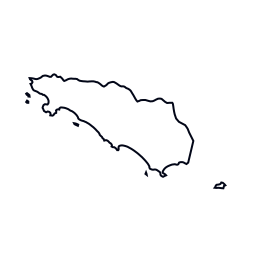 the district of Florianópolis, Santa Catarina, Brazil, rotated 101°
{"feature_id": "56859067B31215399006442", "entity_name": "Florianópolis", "entity_type": "district", "adm_level": 2, "iso_a3": "BRA", "parent_name": "Brazil", "parent_adm1": "Santa Catarina", "projection": "mercator", "projection_center": [-48.495, -27.558], "detail": "fine", "context": "isolated", "style": "outline", "palette": "ink", "viewbox_px": 256, "rotation_deg": 101, "n_neighbors": 0, "source": "geoboundaries", "source_scale": "gbopen_adm2", "svg_char_len": 4091}
<svg xmlns="http://www.w3.org/2000/svg" viewBox="0 0 256 256"><g transform="rotate(101 128 128)"><path d="M97.5,112.9L97.2,116.2L97.4,117.5L97.7,118.8L98.0,119.9L98.3,120.9L99.3,122.2L100.2,123.8L99.3,125.0L97.8,126.4L94.6,129.1L93.0,130.6L92.1,131.4L90.9,132.5L90.1,133.8L89.5,135.3L89.1,137.4L88.3,138.9L88.0,140.0L88.1,141.1L88.4,142.2L88.3,143.5L87.7,145.1L86.8,147.0L86.2,148.5L85.6,150.3L85.6,151.6L86.3,153.4L87.3,155.3L88.1,156.2L89.7,157.2L90.5,157.9L91.9,159.5L91.7,160.7L91.2,161.9L90.4,163.2L89.8,164.4L89.3,165.6L88.9,166.7L89.0,167.8L88.8,169.3L88.8,171.0L89.3,173.3L89.6,174.5L90.2,176.6L90.4,178.8L90.7,181.0L90.8,182.8L90.8,184.6L90.3,186.1L89.7,187.2L89.7,188.8L90.0,190.3L90.2,192.0L90.3,193.2L90.7,194.5L91.3,195.8L91.9,196.7L93.0,198.0L94.0,199.6L93.4,200.6L92.4,201.6L91.5,202.8L90.6,204.3L91.2,205.8L91.3,207.2L90.5,208.2L89.7,209.1L89.4,210.7L90.0,211.7L91.3,212.6L92.4,213.3L92.7,214.5L92.5,215.7L92.3,216.9L92.2,218.1L92.3,219.5L93.1,221.5L94.1,222.4L94.9,223.0L95.8,224.1L96.4,225.0L97.1,226.1L97.5,227.2L97.6,228.4L97.5,229.9L97.5,231.1L97.6,232.6L97.8,234.1L98.8,233.5L100.1,231.1L101.2,230.5L102.8,231.0L103.3,232.1L104.5,231.2L105.6,230.4L106.6,229.9L107.8,229.0L108.9,227.9L109.2,226.8L109.4,225.6L109.7,224.1L110.3,222.6L110.8,221.7L111.1,220.7L111.0,219.2L111.7,217.8L111.5,216.7L112.3,215.0L113.4,213.4L114.5,212.4L115.5,211.7L116.4,211.2L117.7,210.9L119.1,210.9L120.3,211.5L120.4,212.9L120.5,214.1L121.5,215.2L123.0,215.6L124.5,215.7L125.6,214.8L126.4,214.3L127.3,213.7L127.7,212.7L128.2,211.4L127.1,209.9L127.2,208.4L127.9,207.2L129.3,206.6L130.4,206.7L130.3,204.5L129.7,203.7L128.8,203.3L127.7,202.8L126.9,201.4L125.5,201.6L124.5,202.0L123.6,201.4L123.0,200.2L123.0,199.0L121.7,199.0L120.8,198.2L120.5,197.2L120.4,196.0L120.3,194.5L120.4,193.0L120.7,191.3L120.9,190.3L121.3,189.3L121.9,187.9L122.2,186.2L122.6,185.2L123.1,184.1L123.7,183.0L124.4,182.0L125.2,180.9L126.2,179.9L127.0,179.2L128.2,178.6L128.9,177.4L129.4,175.7L129.6,174.4L129.7,172.8L130.0,171.6L130.3,170.1L130.8,168.8L131.2,167.5L131.9,166.0L132.5,164.8L133.1,163.7L133.9,162.1L134.6,161.0L135.5,159.6L136.4,158.4L137.1,157.4L137.8,156.3L138.9,155.1L140.0,154.5L140.9,153.3L141.7,151.9L142.9,151.0L143.3,149.9L144.9,148.9L144.1,147.3L144.3,145.8L144.9,144.6L145.9,143.4L146.4,142.0L147.3,140.9L148.4,140.4L149.3,140.6L149.7,139.3L149.5,137.7L150.2,136.2L151.0,135.2L151.8,134.4L151.6,133.3L150.4,133.1L149.6,133.5L148.4,133.6L147.3,133.2L146.6,131.9L146.2,130.6L146.1,129.1L146.2,127.0L146.5,124.9L147.2,122.7L147.8,120.8L148.4,119.3L148.9,118.1L149.4,117.0L149.9,116.0L150.5,114.7L151.4,113.0L152.7,110.8L153.3,109.8L154.0,108.6L154.8,107.5L155.7,106.2L156.8,104.7L157.7,103.6L158.6,102.5L159.9,101.1L160.8,100.4L161.6,99.7L162.6,99.5L163.7,98.8L164.2,97.0L164.2,95.5L163.7,94.2L163.5,92.7L163.9,91.2L164.5,89.9L165.2,88.3L166.2,87.6L167.7,87.2L168.7,86.1L169.2,84.3L168.5,83.4L167.8,82.5L167.2,81.6L166.5,82.5L166.0,83.7L165.6,85.0L164.7,85.6L163.7,85.5L162.6,85.1L161.4,84.6L160.0,83.7L159.1,82.9L158.1,81.8L157.1,80.4L156.2,79.0L155.5,77.8L155.0,76.3L154.6,75.1L154.7,74.0L154.7,72.8L154.0,71.7L152.3,71.3L151.6,70.2L151.3,69.0L151.1,67.7L151.4,66.3L151.9,64.9L152.2,63.7L151.3,63.0L150.5,62.3L128.2,61.4L120.8,67.1L117.5,69.2L116.3,70.3L114.3,72.4L112.2,79.2L109.5,82.6L105.6,84.8L103.3,85.8L100.4,86.9L98.3,87.6L95.8,88.5L94.8,89.3L95.0,90.5L95.4,92.3L96.0,94.4L95.3,96.5L93.0,100.6L93.0,102.2L93.5,104.1L94.7,105.8L96.1,107.5L97.0,108.9L97.6,111.1L97.5,112.9ZM170.0,30.0L169.4,27.7L169.3,26.2L169.2,24.6L169.0,22.9L167.9,22.8L166.5,22.7L165.7,21.5L164.8,22.6L163.7,24.5L163.7,26.0L165.1,26.5L165.8,27.3L166.3,28.5L166.8,30.1L167.7,30.8L169.1,31.0L170.1,31.5L170.0,30.0ZM114.7,233.7L115.0,232.4L116.1,231.8L116.0,230.6L114.5,231.1L113.8,232.3L113.1,233.8L113.8,234.5L114.7,233.7ZM134.4,181.3L134.8,180.1L135.1,178.8L135.4,177.6L134.2,177.5L133.9,178.5L133.6,180.2L133.6,181.9L134.4,181.3ZM122.5,231.9L122.3,230.7L121.0,230.9L120.4,232.3L121.9,232.9L122.5,231.9ZM170.4,100.7L169.4,101.1L168.2,101.8L169.7,102.1L170.4,100.7Z" fill="none" stroke="#020617" stroke-width="2"/></g></svg>